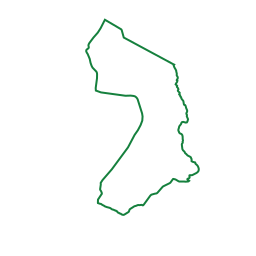 the border of Western Bahr el Ghazal, rotated 216°
{"feature_id": "SDS-873", "entity_name": "Western Bahr el Ghazal", "entity_type": "State", "adm_level": 1, "iso_a3": "SSD", "parent_name": "South Sudan", "parent_adm1": "", "projection": "robinson", "projection_center": [25.577, 8.526], "detail": "fine", "context": "isolated", "style": "outline", "palette": "green", "viewbox_px": 256, "rotation_deg": 216, "n_neighbors": 0, "source": "natural_earth", "source_scale": "10m", "svg_char_len": 3764}
<svg xmlns="http://www.w3.org/2000/svg" viewBox="0 0 256 256"><g transform="rotate(216 128 128)"><path d="M50.9,138.6L50.6,138.6L49.4,138.3L48.8,138.0L47.8,137.4L46.8,136.6L46.1,135.6L45.7,134.4L45.8,133.0L46.3,131.6L48.3,127.7L48.7,127.3L50.2,126.2L50.4,125.8L50.2,125.3L49.2,124.4L49.0,123.8L49.1,123.2L49.8,122.1L49.9,121.5L49.2,121.2L47.9,121.2L47.5,121.2L47.7,120.4L47.9,120.1L50.0,118.3L51.1,117.7L55.1,114.8L56.0,114.6L59.3,114.3L61.1,113.6L61.4,113.4L61.6,113.1L61.6,108.7L61.7,108.4L61.9,107.8L65.2,101.5L65.3,101.1L65.4,100.9L66.1,93.0L66.3,92.2L66.6,91.7L67.7,90.6L69.9,87.8L70.1,86.9L70.2,86.4L70.2,75.4L70.3,74.5L70.4,74.3L70.6,74.1L71.0,74.0L71.4,74.0L71.7,73.8L72.1,73.6L73.3,72.4L74.6,71.6L75.0,71.0L76.0,69.4L76.5,68.9L76.8,68.4L77.2,67.6L77.4,66.9L78.3,64.7L78.7,63.5L78.8,63.2L78.7,62.7L78.6,62.3L78.3,61.5L78.3,61.3L78.2,60.9L78.2,60.5L78.3,60.1L80.1,55.7L80.5,55.2L80.8,54.9L81.0,54.8L81.6,54.6L82.1,54.4L82.5,54.3L83.4,54.4L83.8,54.3L84.7,53.9L84.9,53.9L85.3,54.0L85.6,53.9L85.9,53.8L86.2,53.7L86.4,53.7L86.9,53.8L87.1,53.8L87.4,54.0L87.6,54.1L87.8,54.1L88.1,54.1L88.3,54.1L88.6,53.9L88.8,53.9L89.2,54.0L89.4,54.0L89.6,53.9L90.3,53.6L90.5,53.5L90.9,53.5L91.1,53.5L91.6,53.4L91.9,53.3L92.3,53.1L92.8,52.9L93.2,52.8L93.7,52.8L95.1,52.8L95.6,52.7L96.0,52.6L98.8,51.5L100.4,51.1L100.6,51.0L101.8,51.0L102.6,50.9L103.2,50.7L103.4,50.7L104.8,50.7L105.1,50.7L105.4,50.6L106.2,50.2L107.8,49.7L108.2,49.6L108.4,49.8L109.9,52.0L110.1,52.3L110.2,52.5L110.5,59.1L110.5,59.4L110.6,59.5L110.9,59.8L111.1,60.1L112.5,61.0L113.0,61.2L114.0,61.6L114.3,61.8L114.5,62.0L114.7,62.3L116.8,66.3L117.3,66.9L117.8,67.5L118.0,70.9L116.8,85.1L116.6,112.3L118.6,126.3L118.7,132.0L119.5,137.7L120.8,142.4L123.0,145.9L125.2,148.1L137.1,156.9L138.6,157.5L139.8,157.7L140.9,157.7L141.8,157.4L142.7,157.0L145.0,155.7L149.0,152.6L170.8,140.9L176.0,139.4L177.6,141.3L182.3,150.0L184.6,153.3L185.4,154.2L186.0,154.6L186.7,155.0L192.2,156.0L194.0,156.9L196.6,158.7L199.6,161.4L204.2,164.2L205.8,164.8L207.0,165.6L207.5,166.5L207.4,167.6L207.0,168.7L206.9,169.5L207.2,170.3L208.6,171.6L209.0,172.6L209.2,174.2L209.1,180.9L208.5,187.4L208.8,192.6L210.3,202.0L191.8,203.8L191.3,203.8L190.9,203.6L190.5,203.4L184.6,198.7L128.9,206.2L127.9,206.4L127.9,205.5L126.1,204.3L124.0,203.4L122.7,202.7L122.1,202.0L120.6,200.8L119.5,199.2L118.9,198.9L118.2,198.7L117.4,198.1L117.1,197.6L116.9,197.2L116.9,196.7L116.7,196.2L116.7,195.9L116.8,195.7L116.6,195.3L116.4,195.3L116.2,195.4L115.9,195.4L115.4,194.3L115.3,192.2L115.1,191.3L113.4,191.1L113.0,191.0L112.9,190.7L112.9,190.4L112.7,190.1L112.3,189.9L111.6,189.8L111.2,189.7L110.0,189.0L109.9,188.6L109.8,187.8L109.6,187.5L109.0,187.2L107.4,187.0L106.8,186.8L106.5,186.1L106.5,185.6L106.3,185.2L105.4,185.2L105.0,185.1L104.4,184.4L104.1,184.2L103.4,184.2L103.1,184.1L102.2,183.3L101.5,183.0L99.2,182.4L98.7,182.0L97.0,180.3L96.5,179.9L95.9,179.8L95.2,180.1L94.2,179.6L92.8,178.4L90.8,177.2L90.3,176.8L89.9,176.2L89.7,175.6L89.5,174.4L89.2,173.9L89.0,173.7L88.3,173.4L88.1,173.3L87.8,173.0L87.5,172.3L87.3,172.0L86.8,171.7L84.6,170.4L83.8,168.3L83.7,167.6L83.7,167.1L84.5,166.3L86.9,165.4L87.7,164.6L87.8,163.8L87.7,163.2L87.5,162.7L87.4,162.0L87.5,160.3L87.5,159.6L87.3,158.9L86.8,157.8L86.4,156.5L86.0,155.9L85.6,155.4L84.7,155.0L84.4,154.8L84.2,154.6L84.0,154.4L83.1,154.2L82.6,154.2L81.4,154.5L80.9,154.5L79.8,154.1L78.7,153.1L77.0,150.9L76.7,150.7L76.4,150.5L76.2,150.2L76.0,149.9L75.9,149.2L75.1,148.3L75.0,146.8L74.7,146.2L71.6,142.9L70.4,142.3L68.3,142.0L67.1,141.3L66.4,141.2L65.7,141.2L63.7,140.8L61.1,141.2L59.9,141.2L58.8,140.4L58.4,140.3L58.2,140.1L58.0,139.8L57.8,139.5L57.0,138.5L55.7,138.7L53.4,139.6L53.2,139.5L52.6,138.9L52.3,138.8L52.0,138.7L51.5,138.7L50.9,138.6Z" fill="none" stroke="#15803d" stroke-width="2"/></g></svg>